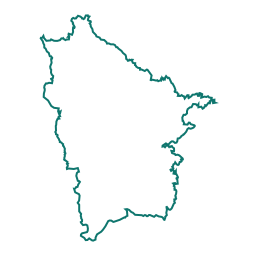 Kota Tasikmalaya, Jawa Barat, Indonesia (Natural Earth projection)
{"feature_id": "22746128B57000549481658", "entity_name": "Kota Tasikmalaya", "entity_type": "district", "adm_level": 2, "iso_a3": "IDN", "parent_name": "Indonesia", "parent_adm1": "Jawa Barat", "projection": "natural_earth1", "projection_center": [108.229, -7.36], "detail": "fine", "context": "isolated", "style": "outline", "palette": "teal", "viewbox_px": 256, "rotation_deg": 0, "n_neighbors": 0, "source": "geoboundaries", "source_scale": "gbopen_adm2", "svg_char_len": 5722}
<svg xmlns="http://www.w3.org/2000/svg" viewBox="0 0 256 256"><path d="M87.8,15.4L85.8,15.5L84.4,18.6L83.4,19.1L82.8,18.4L82.0,18.4L81.9,17.8L80.4,16.6L78.0,15.8L77.1,17.0L76.4,17.4L76.2,18.3L74.7,18.6L73.2,17.9L71.9,18.9L71.3,20.8L72.6,22.1L73.1,23.2L72.8,23.8L74.6,26.8L74.6,27.3L74.3,28.0L73.1,27.6L72.9,29.8L73.1,31.9L72.0,34.8L68.7,33.7L68.5,34.4L68.9,35.8L68.0,36.9L69.2,37.0L68.9,39.4L66.4,39.5L65.6,40.1L64.2,39.4L63.2,38.2L62.9,38.6L61.4,38.4L60.0,40.1L57.3,40.9L54.1,40.8L51.1,39.4L50.5,40.4L46.4,40.8L44.0,38.0L43.4,35.9L42.3,37.6L41.4,38.1L40.9,37.9L40.7,38.3L42.8,41.3L43.4,43.5L44.2,44.8L44.3,47.6L45.6,48.6L46.9,51.5L48.7,52.8L49.8,56.2L50.7,56.6L51.1,56.4L52.2,57.8L52.0,58.7L51.1,59.1L51.6,62.8L50.2,66.5L50.5,68.7L51.2,69.7L51.0,72.6L51.8,74.7L53.2,76.0L52.9,78.0L51.1,78.8L51.3,79.4L52.6,80.2L52.0,83.2L49.0,82.8L47.2,83.5L46.0,83.4L44.5,85.7L44.2,87.8L44.7,88.8L44.7,90.6L43.9,93.5L43.7,97.0L48.1,100.5L51.3,106.0L54.0,107.8L58.7,108.4L58.1,111.2L58.5,112.3L59.5,111.5L59.9,111.9L60.5,111.5L60.0,113.6L59.1,114.0L60.0,116.1L59.5,116.1L58.4,117.2L59.3,118.6L57.5,119.0L56.4,121.5L56.2,124.9L55.8,125.9L56.0,130.7L55.3,132.0L55.8,132.7L56.0,134.3L57.4,134.8L57.6,135.3L57.2,136.5L59.0,139.2L59.3,140.4L60.0,141.4L59.9,142.1L61.4,142.5L62.2,143.6L63.1,144.1L63.0,145.7L63.5,145.9L64.9,148.9L64.6,150.2L64.9,151.4L64.5,152.2L65.4,153.1L65.4,153.7L64.6,154.5L64.9,155.9L64.3,157.9L64.4,159.4L63.7,160.3L64.6,159.8L67.5,162.0L67.1,163.2L67.7,163.6L67.0,164.0L67.7,165.0L67.8,165.9L66.8,167.6L67.0,169.0L68.6,168.5L73.8,169.0L77.8,168.1L78.9,171.7L78.1,171.9L76.9,173.0L76.3,175.9L77.8,180.8L79.3,181.2L79.9,181.9L78.2,184.6L77.5,186.9L76.1,187.1L75.7,187.9L74.6,188.9L74.1,188.8L75.2,192.3L78.9,194.1L79.6,195.6L79.1,200.6L77.7,202.8L79.2,204.8L79.2,211.4L81.1,213.9L80.7,216.0L81.2,217.2L81.1,218.1L82.1,219.9L82.0,221.4L80.8,222.1L80.9,222.5L83.0,225.1L85.9,224.6L87.3,225.4L87.9,228.5L87.7,230.8L87.0,232.1L82.1,233.3L81.0,234.5L80.9,235.8L84.3,237.9L85.7,240.1L87.4,240.0L89.2,238.4L92.1,240.4L93.2,240.6L95.5,239.6L95.6,237.5L97.0,234.4L101.2,231.7L103.0,229.7L105.4,226.3L108.2,221.1L109.6,220.5L111.3,220.6L113.3,221.9L113.9,221.8L119.8,219.8L124.2,217.5L125.2,217.5L125.4,216.9L127.4,215.8L127.0,211.3L126.5,210.1L125.6,209.3L127.1,209.1L129.1,209.9L131.4,212.1L132.9,212.7L135.1,214.8L141.8,215.2L143.3,216.0L144.7,215.1L145.7,215.2L146.7,216.1L147.7,216.1L148.8,215.1L149.9,215.0L154.1,216.8L156.1,215.1L158.7,216.4L161.7,216.9L162.9,217.7L163.9,219.6L164.5,219.8L165.3,217.7L165.2,216.8L166.8,215.1L166.3,212.9L166.9,209.8L166.4,206.3L168.6,209.3L170.0,209.8L170.7,209.4L171.7,208.4L173.8,203.7L174.9,202.8L174.2,201.1L174.7,200.1L174.4,199.5L175.6,199.3L176.1,198.7L175.6,197.9L175.9,197.1L175.3,195.9L176.1,193.8L176.4,191.2L176.0,190.1L174.7,189.8L174.9,189.3L174.4,188.8L174.7,188.3L174.5,186.5L173.8,186.0L174.3,185.0L173.8,184.5L174.0,184.0L173.3,183.4L174.3,183.1L175.2,183.1L175.6,184.0L177.7,183.7L177.3,179.6L176.5,178.7L176.6,178.1L177.9,177.7L177.9,177.1L176.4,174.2L173.5,173.6L173.8,172.4L174.4,172.9L175.8,172.5L175.8,171.0L175.1,172.1L174.7,171.3L173.1,170.3L172.1,170.3L171.1,170.9L170.5,169.8L171.2,169.3L172.6,169.7L173.2,168.9L173.4,168.3L172.2,166.8L173.1,166.0L173.4,164.4L174.6,163.7L175.2,162.3L176.7,164.4L178.0,165.0L178.8,164.5L179.7,162.0L180.8,161.9L181.6,161.3L181.8,160.5L180.9,159.7L181.3,159.0L182.8,159.2L182.7,158.5L179.3,155.4L177.7,154.7L175.5,155.0L175.0,154.1L172.1,153.1L171.4,150.9L174.0,151.2L174.1,150.5L174.0,148.3L172.2,147.0L172.0,146.2L171.2,146.1L170.3,146.9L169.3,146.4L169.0,146.9L168.2,145.9L166.5,145.3L165.0,147.2L164.1,146.3L162.5,146.6L162.6,145.6L165.9,143.4L167.9,144.6L168.4,144.5L170.7,142.1L172.0,141.3L173.3,141.5L175.0,142.9L176.5,142.6L177.3,141.2L177.7,138.5L179.3,138.3L180.8,137.0L181.4,136.0L183.0,135.1L183.5,134.3L184.0,134.3L186.2,131.7L187.5,129.0L188.8,128.1L190.3,128.7L191.5,128.5L193.5,127.6L194.6,126.4L194.8,125.9L194.4,125.3L190.6,124.1L189.8,122.7L188.8,122.6L187.5,124.6L183.8,124.3L184.1,123.2L183.1,120.8L182.6,120.8L182.3,117.5L183.6,114.8L185.3,114.9L187.0,113.4L187.0,111.1L187.7,109.1L189.9,107.4L191.5,107.2L193.1,104.0L195.9,104.2L197.0,105.4L197.8,105.1L198.4,104.2L198.4,107.3L201.3,106.7L202.6,108.7L203.8,108.0L204.6,106.5L205.5,106.3L205.3,105.2L206.5,105.4L208.3,103.0L209.9,103.3L210.2,102.4L209.6,101.8L209.7,101.2L211.0,100.8L211.2,100.2L212.8,100.3L213.1,103.1L215.3,102.7L214.3,102.3L214.4,99.7L213.2,99.9L211.2,99.0L211.6,97.8L209.2,97.5L208.0,96.2L206.3,97.0L204.5,96.6L201.2,97.7L201.2,97.0L202.2,94.9L202.2,94.1L199.8,93.0L199.2,93.2L199.1,93.8L199.9,94.9L199.1,95.9L197.9,95.9L197.0,93.6L196.2,93.7L194.8,94.6L192.5,94.7L191.4,96.2L188.6,98.1L188.4,97.8L188.5,95.3L187.3,95.2L184.7,98.5L183.9,96.3L182.6,96.0L181.7,95.1L180.2,96.0L177.9,95.9L178.5,94.3L177.9,94.0L177.2,92.5L174.8,91.9L174.6,91.3L175.5,90.1L174.4,87.0L172.6,83.6L171.6,83.2L169.3,78.2L168.7,77.7L167.8,78.1L166.1,76.1L165.3,77.4L164.8,79.3L164.0,78.6L163.6,79.5L162.1,77.7L161.9,79.2L161.1,78.8L161.0,80.6L160.2,80.4L158.2,81.2L157.3,80.2L156.2,80.6L152.6,79.7L151.2,80.2L150.7,80.0L151.6,75.4L147.5,69.8L146.7,69.6L144.8,71.0L141.3,69.4L140.1,69.7L139.9,68.0L138.1,67.9L136.2,66.6L135.8,65.5L135.0,65.1L135.2,63.2L133.3,63.1L132.7,62.6L132.0,60.6L132.5,59.8L131.6,59.7L131.3,60.4L129.4,59.7L128.9,60.6L127.9,60.8L127.1,59.5L126.2,58.9L126.0,56.3L125.4,54.9L123.0,53.0L121.5,50.9L118.3,48.5L117.4,47.2L116.2,47.2L115.0,45.1L113.3,44.3L110.7,44.3L108.8,43.4L107.0,43.6L106.5,42.2L104.2,40.0L100.9,39.6L99.6,37.6L96.4,36.4L95.9,34.9L92.9,31.9L92.4,29.1L90.7,26.4L90.7,25.0L89.6,23.4L90.7,22.5L90.8,21.7L90.6,21.2L88.4,20.6L87.9,20.0L88.3,18.1L89.4,16.5L87.9,16.1L87.8,15.4Z" fill="none" stroke="#0f766e" stroke-width="2"/></svg>